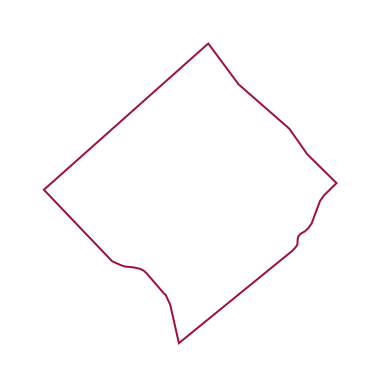 the Parish of Trelawny, rotated 40°
{"feature_id": "JAM-1375", "entity_name": "Trelawny", "entity_type": "Parish", "adm_level": 1, "iso_a3": "JAM", "parent_name": "Jamaica", "parent_adm1": "", "projection": "robinson", "projection_center": [-77.552, 18.351], "detail": "fine", "context": "isolated", "style": "outline", "palette": "rose", "viewbox_px": 384, "rotation_deg": 40, "n_neighbors": 0, "source": "natural_earth", "source_scale": "10m", "svg_char_len": 528}
<svg xmlns="http://www.w3.org/2000/svg" viewBox="0 0 384 384"><g transform="rotate(40 192 192)"><path d="M109.1,67.8L158.5,79.6L226.1,81.0L256.0,89.0L297.0,92.3L296.8,94.0L295.3,109.9L295.8,116.4L303.8,139.1L304.4,144.8L303.8,149.5L301.9,154.5L302.0,157.4L302.9,159.6L306.6,164.7L306.9,168.3L306.7,172.2L279.1,316.2L248.0,292.5L238.0,287.7L235.8,287.8L209.2,283.4L205.2,283.3L201.3,284.4L196.2,287.0L188.5,292.2L184.3,293.9L175.3,296.4L77.1,285.5L108.8,69.2L109.1,67.8Z" fill="none" stroke="#9f1239" stroke-width="2"/></g></svg>